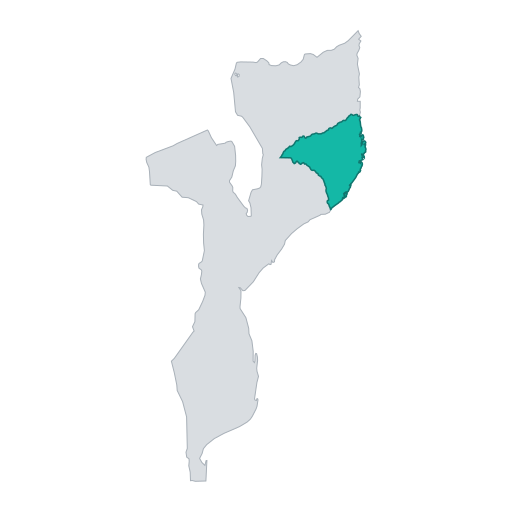 location of Nampula within Mozambique
{"feature_id": "MOZ-1200", "entity_name": "Nampula", "entity_type": "Province", "adm_level": 1, "iso_a3": "MOZ", "parent_name": "Mozambique", "parent_adm1": "", "projection": "equal_earth", "projection_center": [39.254, -15.162], "detail": "fine", "context": "in_parent", "style": "filled", "palette": "teal", "viewbox_px": 512, "rotation_deg": 0, "n_neighbors": 0, "source": "natural_earth", "source_scale": "10m", "svg_char_len": 9578}
<svg xmlns="http://www.w3.org/2000/svg" viewBox="0 0 512 512"><path d="M171.4,361.2L174.3,358.4L192.9,332.2L194.1,331.1L192.5,326.7L194.9,321.6L195.1,313.7L195.8,312.4L198.7,309.8L202.6,301.6L205.0,295.2L205.3,292.2L201.5,283.5L200.4,278.9L201.4,274.8L201.8,271.1L201.3,269.8L199.0,268.2L198.6,266.6L198.6,264.6L199.0,263.5L201.7,261.7L202.3,260.7L204.4,250.6L203.6,242.9L203.4,234.2L203.9,225.1L203.6,220.0L201.8,214.1L201.5,209.8L202.8,206.8L203.0,205.0L198.7,204.1L196.5,201.6L188.3,197.7L182.1,197.2L176.8,191.2L172.7,190.3L167.4,186.0L150.9,185.2L150.3,184.7L149.5,171.6L148.9,167.2L146.8,162.6L146.1,159.4L146.3,157.3L155.3,152.5L173.1,145.8L177.1,143.5L207.4,130.0L208.3,130.9L211.4,137.7L216.6,145.5L217.8,144.4L225.1,143.2L226.2,142.2L228.4,141.5L230.9,141.1L231.8,141.5L234.6,146.3L235.6,155.4L235.7,161.4L235.4,165.8L233.3,170.8L231.8,177.1L229.5,180.6L229.5,182.2L232.2,186.0L232.8,187.5L232.7,190.8L233.1,192.1L235.4,194.2L237.2,197.3L243.9,206.4L245.6,208.0L246.9,208.4L247.6,210.2L247.2,212.3L246.2,213.5L246.6,215.2L247.9,216.5L250.9,216.3L251.3,215.7L251.0,207.7L249.9,203.0L248.6,200.8L251.1,192.2L252.5,189.8L257.5,188.8L259.7,188.0L260.7,186.9L261.4,184.2L261.9,176.4L262.1,169.2L261.6,164.9L262.3,158.5L263.3,154.5L262.8,153.7L262.4,148.4L249.8,126.8L242.7,117.2L241.5,116.2L237.6,115.3L235.5,111.8L233.7,92.4L231.0,78.4L235.0,69.1L236.4,63.1L237.2,62.3L240.7,61.9L253.0,62.1L256.0,62.6L257.4,62.1L260.6,58.5L263.3,58.5L266.8,60.8L268.8,62.8L269.1,64.6L271.5,65.6L275.9,65.8L279.2,64.9L281.2,62.9L283.3,61.8L285.5,61.7L287.2,62.4L288.3,63.9L290.5,65.0L293.7,65.7L297.2,64.7L301.0,62.0L303.2,59.3L304.4,54.6L305.1,54.0L310.4,53.6L313.3,54.5L317.0,57.3L323.3,52.2L327.3,50.4L331.1,50.4L334.3,49.2L336.7,46.7L339.3,45.2L344.6,43.3L348.2,40.7L358.1,30.7L359.2,33.6L361.2,36.3L358.6,39.2L360.9,41.0L359.2,43.8L359.0,45.7L359.8,47.6L358.6,50.8L357.2,53.2L356.8,55.1L358.1,58.4L357.4,64.2L359.4,73.9L358.8,77.1L359.3,84.8L358.5,87.6L359.8,88.5L360.4,91.6L359.9,96.9L357.7,99.1L357.4,101.3L360.2,101.3L360.2,108.0L359.8,110.0L360.4,112.2L359.7,114.7L360.6,125.3L360.7,133.1L360.8,134.3L363.1,135.6L363.1,137.8L361.6,140.5L361.7,144.7L363.4,141.4L364.4,141.4L365.3,142.7L365.3,147.4L365.8,149.7L365.6,151.7L362.8,155.6L362.7,159.3L361.6,159.8L361.1,160.7L361.8,162.9L361.7,164.8L359.8,170.7L350.5,184.7L350.3,187.1L347.9,191.6L345.4,192.3L343.9,193.5L345.0,197.4L332.6,207.3L331.4,208.6L329.4,212.3L325.3,214.2L320.8,214.4L320.1,215.2L310.0,219.7L308.1,221.9L303.8,223.9L297.1,228.8L291.6,233.5L285.3,240.5L284.5,244.2L281.6,249.1L277.2,254.9L274.6,259.7L274.5,261.8L272.9,262.5L271.6,260.5L271.0,264.4L270.0,264.6L268.8,263.8L263.2,268.0L259.1,272.7L253.3,281.8L244.9,290.5L242.9,290.7L240.2,287.7L238.8,287.5L241.0,290.8L240.9,298.1L240.0,306.7L240.1,308.6L245.9,317.7L248.7,328.3L249.0,333.8L251.9,340.8L253.2,351.3L253.1,361.1L254.4,362.6L254.9,361.2L255.1,355.1L255.8,353.4L256.6,353.7L257.4,357.0L257.6,360.5L256.7,368.2L257.0,371.3L258.5,376.4L256.9,382.5L254.5,399.0L255.1,400.1L256.4,400.5L256.9,398.7L257.6,398.7L258.0,399.8L257.0,406.3L256.0,409.1L252.4,416.1L250.4,419.1L247.2,422.0L239.5,426.6L224.1,433.3L214.4,438.5L206.7,444.6L203.4,448.7L202.1,453.5L199.6,458.4L201.9,462.5L204.9,465.4L206.1,460.6L206.9,460.5L205.9,481.0L195.3,481.3L192.2,480.5L190.5,480.7L190.2,472.2L188.8,465.8L189.2,461.2L189.0,458.8L186.7,457.1L186.0,452.2L187.3,448.4L186.6,416.9L182.6,401.6L177.2,390.5L176.8,385.0L174.3,372.7L171.4,361.2ZM237.8,77.1L239.1,76.3L239.3,74.6L238.4,73.9L237.7,74.0L237.3,76.6L237.8,77.1ZM236.9,74.2L235.8,73.0L235.1,73.3L234.8,74.3L235.6,75.6L236.5,75.6L236.9,74.2Z" fill="#d9dde1" stroke="#a8b0b8" stroke-width="1"/><path d="M359.3,116.0L359.6,116.4L360.3,117.4L360.7,117.5L360.4,118.1L359.8,119.0L359.5,119.5L359.6,120.2L360.2,121.8L360.3,122.3L360.6,125.6L360.8,126.3L360.9,126.9L361.4,127.6L361.5,128.1L361.6,128.8L361.8,130.0L361.8,130.6L361.7,131.3L361.5,131.6L360.7,132.1L360.9,132.2L361.1,132.5L361.2,132.8L361.2,133.2L361.0,133.5L360.7,133.7L360.1,133.8L359.5,134.3L359.6,134.7L359.9,135.3L359.8,136.1L360.1,136.0L360.3,135.4L360.5,135.4L360.6,135.7L360.5,136.2L360.8,136.5L360.4,136.8L360.6,137.0L360.8,137.0L361.2,136.6L361.2,135.8L361.7,135.3L362.8,134.8L363.0,135.0L363.3,135.4L363.4,135.8L363.3,136.6L363.4,137.0L363.8,137.2L363.5,137.6L363.4,138.1L363.5,139.1L363.2,139.3L362.7,139.8L362.2,139.8L361.8,139.2L361.5,139.1L361.9,142.2L361.5,142.0L361.4,142.2L361.4,142.5L361.6,142.8L361.2,143.3L361.3,143.6L361.5,143.7L361.3,145.0L361.3,145.5L361.8,144.9L362.1,144.3L362.7,141.9L362.8,141.7L364.1,140.9L364.3,140.9L364.9,141.1L365.5,141.8L365.8,142.6L365.5,143.4L365.3,143.7L364.3,144.0L364.0,144.3L364.1,144.6L364.3,144.7L364.6,144.7L364.8,144.5L365.0,144.2L365.5,144.3L365.6,144.7L365.5,145.2L365.1,146.7L365.1,147.0L365.3,147.5L365.6,147.9L365.8,148.3L365.8,148.7L365.9,149.3L365.5,151.1L365.7,151.6L365.7,151.9L365.6,152.0L364.6,152.6L364.3,153.0L363.3,154.4L363.0,154.6L362.6,154.7L362.2,154.8L362.1,154.6L361.8,153.8L361.6,153.5L361.7,154.5L361.8,155.0L362.2,155.4L362.5,155.4L363.5,155.4L364.2,156.4L364.3,157.0L364.3,157.5L364.0,157.1L363.8,157.1L363.3,157.3L362.2,156.9L362.0,157.4L362.2,158.2L363.0,159.5L362.4,159.8L361.7,160.0L361.2,160.2L360.7,161.1L360.0,160.8L359.6,160.8L359.3,160.9L359.2,161.2L359.0,162.2L358.9,162.6L359.6,162.7L360.0,162.9L360.3,163.2L360.5,162.3L360.9,162.0L361.4,162.1L361.9,162.5L362.2,163.1L362.4,164.0L362.3,164.8L361.9,165.1L362.1,165.5L362.1,165.8L361.3,166.9L361.2,167.1L361.2,167.6L361.2,167.8L360.9,168.2L360.4,168.9L360.4,169.1L360.4,169.5L360.2,170.1L360.1,170.5L360.2,170.8L360.4,170.8L360.1,171.6L359.9,171.9L359.3,172.3L359.1,172.3L358.6,172.1L358.5,172.9L358.2,173.3L357.4,174.1L357.1,174.6L355.8,177.4L351.7,183.0L350.8,183.6L350.7,183.9L350.5,184.5L349.8,184.8L349.6,185.0L349.5,185.3L349.7,185.6L350.2,185.2L350.9,184.3L351.0,184.9L350.9,185.4L350.6,185.9L350.4,187.1L350.2,187.5L349.5,188.3L348.7,190.4L348.1,191.5L347.4,191.9L346.1,191.9L345.7,192.1L344.4,193.0L343.8,193.7L343.7,193.8L343.8,194.0L344.1,194.2L344.1,195.5L344.3,196.1L344.5,196.6L344.9,197.0L345.3,197.2L344.3,198.0L344.0,198.2L343.8,197.4L343.4,197.6L343.0,197.6L343.4,198.2L342.9,198.4L342.7,198.6L342.4,198.9L342.5,199.1L342.5,199.4L342.4,199.6L342.0,200.1L341.6,200.4L340.8,201.1L340.2,201.7L339.3,202.1L339.1,202.2L338.6,202.9L335.0,205.4L331.8,207.9L331.5,208.3L331.0,209.4L330.7,209.6L330.3,209.4L330.3,209.5L330.3,209.4L330.3,208.1L330.0,207.6L329.8,207.2L329.3,206.3L329.2,205.7L328.5,203.9L328.2,203.7L327.6,203.3L327.5,203.1L327.3,202.6L327.2,202.1L327.2,201.2L327.3,200.9L327.5,200.6L328.3,200.3L328.5,200.2L328.6,199.9L328.6,199.4L328.5,198.2L328.3,197.3L327.9,196.5L327.6,195.3L327.4,194.7L327.1,194.0L326.5,192.8L326.0,191.1L326.0,190.9L326.0,189.8L326.3,188.8L326.3,188.5L326.3,188.2L325.9,186.8L325.5,185.9L325.0,185.2L324.9,184.8L324.9,184.5L324.9,184.0L324.9,183.7L324.7,183.4L324.4,182.9L324.3,182.7L324.3,182.2L324.0,181.6L323.7,180.6L323.3,179.8L323.1,179.1L321.8,178.0L321.7,177.8L321.3,177.5L321.2,177.1L321.1,176.5L320.7,176.3L319.7,176.0L318.5,175.2L318.3,175.0L318.1,174.0L317.9,173.7L317.7,173.4L316.8,173.1L316.1,172.6L315.8,171.9L315.4,171.5L315.1,171.1L314.7,170.6L313.9,170.2L312.9,170.4L311.8,170.2L311.3,169.9L311.0,169.6L310.7,169.2L310.4,168.4L310.0,168.0L309.9,167.7L309.9,167.4L309.8,167.2L309.2,166.7L308.7,166.5L308.2,166.0L307.2,165.5L306.9,165.2L306.0,164.0L305.9,164.0L305.2,163.9L304.9,164.1L304.7,164.1L304.4,163.8L303.8,162.9L303.7,162.7L303.0,162.7L302.6,163.1L301.9,163.2L301.5,163.7L301.0,164.2L300.6,164.3L300.1,164.0L299.8,163.7L299.2,163.5L299.1,163.3L299.0,163.0L298.9,162.8L298.2,162.4L297.7,161.6L297.3,161.2L297.1,161.2L296.8,161.2L296.6,161.3L296.3,161.6L296.2,161.8L295.8,162.6L295.6,162.9L295.4,163.1L294.8,163.2L294.2,163.6L294.0,163.4L293.8,162.9L293.1,162.4L292.8,162.1L292.4,160.6L292.1,160.1L291.9,159.4L291.5,158.7L290.7,157.8L280.3,157.6L281.4,156.2L281.7,155.7L281.9,155.1L282.8,153.9L283.4,152.2L284.0,151.3L285.1,150.7L285.3,150.2L285.9,149.3L286.2,149.1L287.0,148.7L287.6,148.2L288.2,147.9L289.7,146.2L290.0,146.2L290.2,146.3L290.8,146.6L291.2,146.5L293.3,145.0L294.0,144.2L294.6,143.3L295.3,142.0L296.1,140.9L296.4,140.7L298.1,140.7L298.5,140.3L298.9,139.7L299.3,139.0L299.3,138.5L299.1,137.9L299.3,137.5L299.8,137.3L300.2,137.2L301.8,137.4L302.1,137.2L302.6,136.4L303.0,136.1L303.9,136.1L304.4,136.8L304.8,137.7L305.6,138.2L305.9,138.1L306.3,137.8L306.6,137.4L306.7,137.1L306.9,137.0L310.4,136.1L310.8,135.7L311.5,134.7L312.3,134.2L314.1,133.9L315.0,133.6L315.6,133.2L316.2,133.1L316.9,133.2L317.6,133.6L318.4,133.9L321.0,133.8L321.5,133.7L322.2,133.2L322.5,133.0L323.9,132.8L324.3,132.6L325.5,131.5L326.1,131.2L327.0,130.4L328.2,130.0L328.4,129.9L328.6,129.2L328.8,128.7L329.2,128.3L329.7,128.1L330.6,127.9L331.2,128.0L331.9,128.4L332.4,128.1L333.1,127.3L333.9,126.7L334.3,126.4L334.9,126.2L335.1,125.9L336.1,125.6L336.5,125.3L337.0,124.9L337.4,124.5L337.6,123.6L338.0,123.3L338.3,123.1L338.6,122.9L339.5,122.7L339.9,122.2L340.2,122.1L341.0,122.1L341.8,121.7L343.0,120.6L343.4,120.4L344.3,120.4L344.9,120.6L345.2,120.6L345.9,120.1L347.1,118.2L347.6,117.5L348.2,117.1L348.5,116.8L348.8,116.1L349.2,115.8L350.0,115.4L350.7,114.5L351.0,114.3L352.0,114.6L352.7,115.3L353.6,115.4L355.3,114.7L356.1,114.5L357.1,114.5L357.4,114.7L357.6,115.4L357.8,116.0L358.3,116.3L358.8,116.3L359.3,116.0ZM346.4,193.0L347.1,193.0L347.1,193.7L347.0,194.2L346.5,195.0L346.3,195.8L346.4,196.3L346.3,196.7L345.7,196.9L345.3,196.7L344.8,196.1L344.5,195.2L344.6,194.1L344.8,193.6L345.4,193.2L346.4,193.0Z" fill="#14b8a6" stroke="#0f766e" stroke-width="1.5"/></svg>